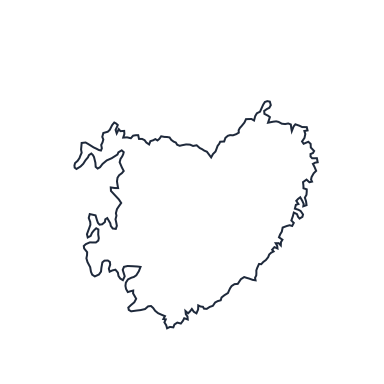 Laranjal, Paraná, Brazil (orthographic projection), rotated 50°
{"feature_id": "56859067B49556592741492", "entity_name": "Laranjal", "entity_type": "district", "adm_level": 2, "iso_a3": "BRA", "parent_name": "Brazil", "parent_adm1": "Paraná", "projection": "orthographic", "projection_center": [-52.508, -24.893], "detail": "fine", "context": "isolated", "style": "outline", "palette": "slate", "viewbox_px": 384, "rotation_deg": 50, "n_neighbors": 0, "source": "geoboundaries", "source_scale": "gbopen_adm2", "svg_char_len": 4717}
<svg xmlns="http://www.w3.org/2000/svg" viewBox="0 0 384 384"><g transform="rotate(50 192 192)"><path d="M89.8,222.0L92.1,225.3L94.8,226.2L96.5,228.7L97.6,231.3L100.6,233.0L101.7,235.1L99.9,236.4L97.6,237.3L94.6,238.7L88.7,240.6L85.7,241.7L83.5,245.0L88.2,249.7L91.0,251.3L92.5,254.3L93.7,256.4L94.6,259.6L94.7,263.0L96.1,265.0L97.9,266.2L100.1,265.7L100.8,261.0L100.5,257.2L99.2,253.1L98.6,249.5L97.5,247.2L97.8,244.4L100.1,244.2L102.2,244.6L107.5,247.2L110.8,249.6L113.4,249.2L113.9,246.5L113.0,242.5L113.0,237.0L114.5,231.8L115.4,225.0L114.3,222.9L114.9,219.1L117.6,218.7L118.9,220.5L119.9,222.7L120.7,225.5L122.7,228.3L128.0,229.9L132.0,230.8L132.5,233.5L132.3,237.0L133.2,239.9L135.6,242.6L137.5,243.8L141.5,246.1L139.4,248.5L136.3,251.3L139.1,253.4L150.6,252.8L154.9,253.3L156.0,257.5L156.9,260.5L159.3,263.9L161.6,265.1L163.7,268.1L166.4,269.5L169.6,271.3L171.3,274.1L169.0,276.2L165.8,276.0L163.4,274.7L157.5,273.7L157.2,276.0L159.0,278.0L159.0,281.6L157.6,283.8L155.2,283.9L152.5,282.9L147.9,280.9L143.2,284.5L145.5,287.8L149.5,289.2L151.8,290.9L153.1,293.1L156.8,299.6L159.8,301.1L160.5,297.9L159.0,294.8L158.4,291.9L158.2,288.7L160.5,287.8L164.3,291.2L167.5,293.1L169.0,295.1L168.9,298.0L167.0,300.3L164.9,302.7L163.7,306.8L163.8,309.6L165.9,310.9L170.7,311.0L172.9,313.0L174.9,315.5L178.5,317.1L184.1,318.3L188.2,320.7L191.2,321.6L194.2,320.7L195.4,316.3L194.5,312.9L191.9,310.2L188.3,305.9L188.3,303.2L190.4,300.5L192.8,299.9L195.1,301.4L197.3,305.0L200.1,306.3L200.9,303.4L202.3,300.6L206.1,300.6L209.1,302.3L212.2,302.6L215.1,301.6L213.3,297.7L209.2,296.0L207.1,295.1L205.6,292.2L207.3,288.9L210.5,285.4L213.8,281.9L216.3,279.6L218.5,283.6L220.0,288.2L219.7,291.2L218.7,293.5L217.8,297.2L218.9,300.9L221.1,303.3L223.8,304.8L227.4,305.5L228.3,303.3L229.7,300.4L231.8,302.3L234.7,302.8L237.9,303.4L239.4,307.1L239.4,311.5L239.6,315.1L241.7,316.2L244.3,315.3L247.1,310.8L249.4,307.3L251.5,303.2L251.4,299.1L253.0,296.7L255.9,296.3L259.3,296.6L263.0,295.9L266.7,294.1L269.7,292.5L270.9,295.6L272.7,294.0L274.1,296.9L277.5,297.4L280.4,298.7L281.2,295.6L283.7,293.3L282.2,290.6L282.6,287.2L285.6,285.1L284.8,281.6L283.7,279.1L286.9,277.2L284.5,275.5L281.7,275.3L279.0,273.5L282.4,273.0L282.2,270.3L281.5,267.3L284.9,267.6L287.8,266.6L285.9,262.8L282.9,260.1L285.3,259.0L287.0,257.4L289.1,257.8L291.0,255.8L291.4,252.3L292.6,249.2L291.5,245.3L292.1,242.5L293.4,239.6L291.8,237.2L291.9,233.5L292.5,229.4L291.3,227.0L290.2,224.6L289.5,222.1L289.9,218.7L291.8,216.0L290.2,210.6L290.7,206.7L293.1,205.2L295.0,203.9L298.3,202.0L300.5,200.1L298.3,198.9L297.2,196.4L295.5,194.8L293.4,193.1L292.1,190.9L290.2,186.9L291.8,185.4L291.4,182.3L291.6,179.2L290.9,175.6L289.5,173.0L289.4,170.3L290.0,167.7L287.7,167.7L287.2,164.3L290.2,162.8L287.9,161.3L285.0,160.8L286.9,158.5L290.0,158.3L287.6,156.1L286.7,153.4L282.6,154.5L281.1,151.7L280.1,148.7L277.5,145.4L279.0,141.2L280.2,138.6L282.4,137.1L281.1,133.9L277.7,134.2L275.3,130.2L273.2,127.2L276.5,125.8L279.1,126.7L281.5,126.7L282.0,123.4L280.6,121.4L276.4,121.0L274.0,121.9L270.9,123.9L268.6,120.7L269.6,118.2L265.8,117.8L265.5,115.4L265.6,112.5L269.6,113.2L272.9,114.1L274.5,115.9L275.7,112.7L272.4,110.6L268.9,109.2L267.7,106.1L265.5,103.9L263.7,102.4L260.8,104.2L258.8,102.6L255.8,100.6L256.1,96.3L260.0,95.8L261.2,93.4L259.0,92.8L257.4,90.8L255.9,86.8L255.6,83.3L251.4,82.0L248.2,81.3L248.7,78.8L250.0,76.6L246.4,74.6L243.4,78.3L241.0,78.4L239.1,76.8L239.9,74.3L239.1,72.1L234.3,72.4L231.4,70.2L228.3,70.6L226.8,75.5L224.0,75.2L222.9,71.1L220.4,67.9L217.5,66.7L219.1,63.9L216.1,62.4L213.0,65.9L210.3,67.1L206.6,69.3L207.1,72.0L209.5,76.4L207.2,75.1L203.8,72.9L201.4,74.2L199.8,77.0L197.4,79.3L194.0,80.6L192.0,82.1L190.4,84.5L187.8,89.2L184.7,84.2L182.5,84.7L178.7,86.3L176.3,84.6L176.6,81.2L177.2,78.6L176.1,75.8L172.8,74.3L170.8,75.9L169.9,78.3L170.8,81.2L174.2,88.3L173.4,91.7L174.5,94.8L177.1,98.5L174.3,99.5L170.9,103.8L172.5,107.2L173.4,111.8L173.7,114.2L174.7,116.6L176.6,118.0L176.1,121.0L174.9,124.2L172.9,126.3L172.0,128.4L172.0,131.6L174.0,134.9L171.6,138.1L172.6,140.2L173.1,142.7L174.5,145.1L176.1,148.0L176.4,151.5L177.8,155.1L170.7,154.7L168.2,156.0L165.5,156.8L163.3,157.8L159.2,158.4L157.4,161.6L154.4,163.1L151.8,165.9L149.8,169.5L148.7,171.7L146.3,173.0L143.7,172.6L141.6,173.7L138.7,174.4L135.8,174.1L133.9,175.7L132.1,177.7L129.5,179.8L130.3,182.8L130.3,185.3L127.9,186.1L127.4,188.6L126.3,191.2L128.0,194.3L124.7,195.2L121.8,195.0L119.3,196.1L117.3,198.5L113.9,196.7L112.2,198.8L111.0,200.9L111.5,204.3L108.4,206.6L106.1,209.7L104.1,206.5L101.6,204.7L99.4,207.7L96.8,207.7L98.7,212.0L95.3,210.6L94.1,208.0L93.0,205.8L90.8,206.1L88.8,206.9L89.4,210.1L91.5,215.0L91.7,217.8L89.8,222.0Z" fill="none" stroke="#1e293b" stroke-width="2"/></g></svg>